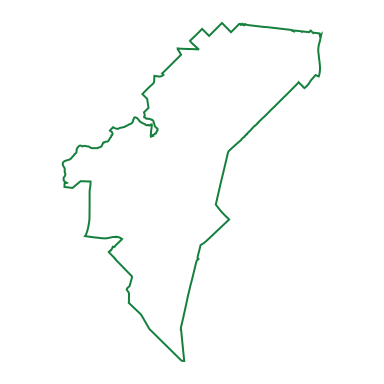 Canning, Western Australia, Australia
{"feature_id": "25037944B2496866637958", "entity_name": "Canning", "entity_type": "district", "adm_level": 2, "iso_a3": "AUS", "parent_name": "Australia", "parent_adm1": "Western Australia", "projection": "orthographic", "projection_center": [115.903, -32.049], "detail": "fine", "context": "isolated", "style": "outline", "palette": "green", "viewbox_px": 384, "rotation_deg": 0, "n_neighbors": 0, "source": "geoboundaries", "source_scale": "gbopen_adm2", "svg_char_len": 5799}
<svg xmlns="http://www.w3.org/2000/svg" viewBox="0 0 384 384"><path d="M222.0,23.0L221.6,23.4L209.1,35.9L202.1,28.9L198.0,33.1L194.3,36.7L193.9,37.0L190.0,40.8L190.6,41.7L191.6,42.8L193.0,44.2L196.4,47.3L198.0,48.7L198.3,49.1L199.2,49.4L194.6,49.2L194.4,49.1L192.7,49.1L182.3,48.8L179.5,48.6L177.7,48.4L177.7,49.0L177.9,49.6L178.2,49.9L181.1,54.7L163.0,72.7L162.4,73.2L162.1,73.4L163.4,74.9L161.5,76.2L160.4,76.4L159.8,76.5L158.8,76.5L154.4,75.9L154.2,80.1L154.1,81.2L154.1,81.8L154.0,82.3L153.6,82.9L153.2,83.5L152.9,83.8L151.9,84.8L150.2,86.2L145.4,90.9L142.4,94.1L146.5,98.2L147.2,99.0L148.5,107.9L144.0,112.3L144.4,113.6L144.7,114.8L144.7,115.4L144.6,115.7L144.2,116.5L144.2,117.0L144.2,117.3L144.6,117.4L145.4,117.8L146.0,118.5L146.4,118.6L146.7,118.7L146.8,118.6L147.4,118.6L148.3,118.9L148.5,118.8L149.2,118.8L150.0,119.1L150.6,119.4L151.2,119.5L151.3,119.7L151.5,119.8L152.1,119.8L152.5,120.2L152.9,120.4L153.2,120.8L153.4,121.1L153.6,121.8L153.7,122.6L153.9,122.9L154.1,123.2L154.3,124.4L154.6,125.0L154.7,125.8L154.8,126.2L154.9,126.3L156.4,127.8L156.7,128.3L156.8,128.4L157.2,128.4L157.6,128.9L157.6,129.0L157.5,129.4L157.4,129.8L157.6,130.2L157.4,130.6L157.0,131.1L156.7,131.4L156.6,131.9L156.3,132.2L156.3,132.5L156.1,133.0L155.7,133.5L155.2,133.8L154.9,134.0L154.7,133.9L154.5,134.2L153.6,134.8L152.9,135.0L152.7,135.3L152.6,135.6L152.9,136.0L150.9,136.7L150.8,136.3L150.8,134.1L151.0,133.3L151.0,132.8L151.1,131.1L151.6,127.5L151.6,127.0L151.9,125.0L151.8,124.7L151.7,124.4L151.2,124.4L149.4,125.5L149.2,125.6L148.7,125.4L148.2,125.0L147.8,125.0L146.5,125.3L145.6,124.9L145.3,124.5L144.8,124.1L142.0,122.9L141.4,122.4L140.5,122.0L139.3,120.8L137.8,118.8L137.5,118.5L136.7,117.9L136.1,117.7L135.7,117.4L135.2,117.3L134.7,117.4L134.2,117.7L133.9,118.2L133.7,119.0L133.3,119.8L132.9,121.5L132.7,121.9L131.7,123.3L130.3,124.0L129.9,124.1L129.4,124.3L126.7,125.8L125.6,126.2L124.7,126.9L123.8,127.0L123.1,127.3L119.9,127.9L117.9,128.9L117.6,128.9L116.6,128.7L115.7,128.5L114.2,127.9L113.6,127.6L113.4,127.4L113.2,127.2L112.8,127.3L112.1,128.4L111.8,128.6L111.6,128.7L111.2,129.1L110.0,130.5L109.9,130.7L110.1,130.9L111.7,131.8L112.2,132.6L112.6,133.7L112.6,133.8L112.4,134.6L112.2,135.0L111.5,135.4L111.3,135.6L111.3,136.3L111.0,137.0L110.5,137.4L110.3,137.8L110.0,138.1L108.5,140.7L108.0,141.2L107.7,141.5L105.2,141.8L104.8,142.0L104.5,142.3L104.4,142.4L104.0,142.6L103.7,142.4L103.2,142.7L102.9,143.4L102.4,144.5L101.6,146.1L101.3,146.5L100.8,146.8L100.3,147.1L98.8,147.4L97.7,148.1L97.3,148.2L96.8,148.2L95.5,148.1L92.9,148.2L91.4,148.0L90.8,147.8L90.4,147.6L89.2,146.8L88.5,146.5L87.0,146.4L85.7,146.0L84.8,145.9L84.1,145.9L82.3,146.4L81.9,146.2L81.1,145.7L80.5,145.6L79.8,145.6L79.4,145.8L78.6,146.4L78.2,146.9L77.2,148.2L77.1,148.6L76.6,149.7L76.6,151.5L76.3,152.5L76.0,153.1L75.6,153.4L74.6,154.1L73.8,155.4L73.4,155.9L72.4,156.8L71.8,157.6L70.8,158.7L70.0,159.3L69.0,159.7L65.4,160.8L64.7,161.1L63.8,161.7L63.2,162.3L62.9,162.9L62.8,163.3L62.7,163.9L62.8,164.6L63.0,165.3L63.3,166.0L63.7,166.6L64.3,167.6L64.6,168.3L64.8,169.0L64.7,169.5L64.7,170.4L64.7,171.9L64.8,172.5L65.1,173.1L65.3,173.8L65.3,174.7L65.1,175.6L64.8,176.1L64.0,177.2L63.6,178.2L63.5,178.7L63.7,180.1L63.9,180.6L64.3,181.2L64.7,181.6L65.3,182.1L66.5,182.7L66.9,182.9L66.7,183.0L66.2,182.9L65.2,183.2L64.7,183.1L64.5,184.2L64.5,187.0L72.5,187.9L80.6,181.2L90.5,181.5L90.5,184.2L90.4,185.3L90.2,186.9L89.8,189.6L89.6,191.4L89.6,203.6L89.5,216.3L89.4,219.5L89.3,220.7L88.7,224.6L88.2,227.4L87.2,231.2L86.2,234.1L85.6,235.8L85.2,235.8L85.0,236.1L91.2,237.0L101.8,238.2L104.6,238.4L106.0,238.3L107.2,238.2L108.7,237.9L112.0,237.2L113.1,237.0L114.2,237.0L115.3,237.0L116.0,237.1L116.1,236.7L117.7,237.0L118.7,237.2L119.7,237.6L121.6,238.7L122.1,239.0L121.9,239.3L114.7,246.3L114.6,246.8L114.4,246.9L114.1,246.9L113.8,247.1L113.3,247.0L112.8,246.8L111.9,248.9L111.4,249.6L111.0,250.2L110.4,250.8L110.2,250.6L108.8,252.0L109.2,252.4L109.2,252.6L115.2,258.7L115.0,258.9L125.9,270.2L131.8,276.2L132.0,277.4L130.6,282.4L129.6,286.0L128.7,286.9L127.5,288.0L127.2,288.3L127.0,288.8L126.7,289.6L128.9,292.9L129.0,294.1L128.9,302.7L128.8,302.9L140.9,314.4L142.3,316.7L149.3,328.8L149.8,329.5L150.2,329.9L150.7,330.3L180.7,359.9L181.2,360.3L181.6,360.6L182.1,360.8L182.6,360.9L184.2,361.0L182.4,343.0L181.1,329.7L180.8,329.7L180.8,328.7L180.9,328.2L181.1,327.0L182.1,322.5L182.4,321.4L187.2,299.7L187.5,297.9L190.5,285.2L191.0,283.3L191.8,280.4L192.3,278.4L196.1,262.7L196.4,261.8L196.7,260.8L197.0,260.2L197.5,259.6L197.8,259.7L198.5,259.0L197.5,257.9L197.8,256.2L200.6,245.1L202.7,243.8L204.6,242.5L205.4,241.8L207.1,240.3L229.1,219.5L228.0,218.3L225.1,215.6L221.0,211.3L215.8,204.6L221.0,181.8L223.8,170.4L227.9,152.9L228.1,152.3L228.3,151.7L228.7,151.2L229.1,150.7L234.9,145.4L241.1,140.0L241.4,139.3L244.1,136.8L244.4,136.8L244.5,136.4L245.6,135.3L246.6,134.5L246.4,134.4L248.1,132.6L250.9,129.9L251.9,128.7L254.7,125.7L255.3,125.6L256.9,124.0L257.8,123.1L257.7,122.9L262.9,117.9L264.0,117.0L266.7,114.2L267.6,113.4L268.8,112.2L269.9,111.1L270.7,110.2L276.2,104.9L283.0,98.0L285.8,95.4L298.5,82.6L298.6,82.3L302.5,86.1L303.1,86.9L304.4,88.1L305.1,87.6L306.5,86.2L306.8,86.0L307.7,85.1L308.0,84.6L309.0,83.5L309.7,82.2L310.8,80.5L315.5,75.1L318.7,76.4L319.2,75.0L319.7,72.6L320.0,69.6L320.0,67.0L319.5,61.4L319.1,59.1L318.7,54.8L318.4,52.5L318.2,50.5L318.3,49.0L318.4,47.9L318.6,45.8L319.9,41.0L321.3,34.3L319.9,35.7L319.7,34.4L319.5,33.4L313.3,32.7L313.1,33.0L310.7,30.6L309.0,32.2L302.3,31.4L301.9,31.9L301.3,31.3L295.0,30.6L294.2,31.5L293.0,30.3L292.3,30.9L291.5,30.1L291.2,29.9L265.8,27.0L265.2,27.1L248.3,25.1L245.8,24.6L245.5,24.3L244.8,25.0L244.2,24.3L243.5,25.0L242.6,24.0L241.9,24.7L241.2,24.0L240.6,24.7L239.9,24.0L239.2,24.0L231.0,32.2L225.7,26.8L222.0,23.0Z" fill="none" stroke="#15803d" stroke-width="2"/></svg>